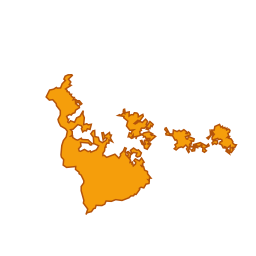 Ñürüm, Veraguas, Panama (orthographic projection), rotated 236°
{"feature_id": "35544464B55183613769543", "entity_name": "Ñürüm", "entity_type": "district", "adm_level": 2, "iso_a3": "PAN", "parent_name": "Panama", "parent_adm1": "Veraguas", "projection": "orthographic", "projection_center": [-81.4, 8.371], "detail": "fine", "context": "isolated", "style": "filled", "palette": "amber", "viewbox_px": 256, "rotation_deg": 236, "n_neighbors": 0, "source": "geoboundaries", "source_scale": "gbopen_adm2", "svg_char_len": 5823}
<svg xmlns="http://www.w3.org/2000/svg" viewBox="0 0 256 256"><g transform="rotate(236 128 128)"><path d="M79.8,44.8L80.6,46.7L79.1,50.9L80.4,54.4L79.8,56.0L81.7,58.3L78.3,63.0L77.9,66.1L79.7,69.0L76.5,73.2L75.5,77.7L71.3,82.5L69.6,89.8L70.0,92.4L68.7,94.7L69.5,96.5L68.4,97.5L70.5,103.3L71.6,103.7L71.6,105.7L69.5,107.6L71.4,111.5L70.3,114.4L72.1,116.0L73.7,115.8L73.0,116.5L74.4,117.8L73.6,119.0L79.0,118.6L81.1,119.8L83.8,118.2L87.1,119.3L88.1,118.0L89.7,117.9L88.8,119.5L90.6,120.3L90.6,122.2L95.5,122.4L94.4,119.0L98.3,116.8L97.6,114.6L95.3,115.3L93.9,114.0L93.6,111.2L96.0,112.1L96.2,111.3L97.4,112.5L98.3,110.4L99.8,112.1L103.4,111.9L102.2,113.1L104.2,114.9L104.7,118.9L102.2,121.4L100.5,118.9L98.7,119.5L97.9,122.3L99.9,125.2L104.1,124.4L104.5,122.9L108.3,121.4L108.1,117.5L105.8,117.3L105.5,115.7L108.3,115.1L108.6,114.1L105.5,113.1L104.8,111.6L107.1,111.2L108.7,112.7L109.9,112.1L112.1,115.2L113.5,114.3L111.5,111.2L110.7,107.1L109.2,106.4L108.1,103.6L113.6,102.5L115.6,93.9L118.6,93.0L119.2,91.8L121.1,93.1L122.2,95.8L124.9,98.1L124.5,99.2L125.7,99.4L127.3,102.0L126.1,103.7L128.7,105.6L125.4,107.4L129.6,107.7L131.4,110.3L132.4,109.2L134.6,110.1L134.4,104.1L138.0,105.0L138.6,103.6L132.0,100.7L132.8,103.5L131.2,104.9L130.1,102.6L130.2,98.5L133.3,97.0L136.8,98.2L139.4,95.8L144.6,99.0L145.2,97.2L144.0,93.9L139.8,94.1L135.2,91.5L134.4,89.8L134.4,90.9L129.7,93.7L128.3,91.4L127.6,89.4L128.7,83.7L130.1,83.9L130.8,81.7L134.6,79.9L135.2,75.6L136.2,74.7L138.4,75.4L139.3,79.0L142.7,80.6L137.6,86.9L135.0,87.2L134.4,88.4L135.3,89.4L140.5,88.3L144.2,83.4L145.6,83.6L146.1,79.5L147.7,78.2L151.0,76.9L152.3,77.6L153.2,76.2L153.3,77.9L156.3,79.8L158.7,79.5L157.7,81.7L158.9,88.3L156.0,90.5L154.2,90.5L153.6,89.0L150.0,88.2L150.2,90.5L148.9,91.9L150.1,93.9L148.0,95.7L151.6,99.7L152.9,96.8L154.6,96.2L155.6,93.1L160.9,97.5L164.6,98.3L167.4,100.6L164.6,94.8L165.1,91.0L162.6,86.9L166.1,84.4L165.4,81.9L166.8,81.4L168.4,83.7L168.7,83.0L172.0,83.6L172.0,86.9L170.4,88.3L171.1,90.0L170.4,92.5L172.1,94.6L172.0,99.1L174.1,100.1L174.5,98.9L177.2,98.5L177.6,101.2L173.8,101.7L173.9,103.3L177.8,102.9L179.7,100.4L181.0,101.0L179.2,99.9L178.6,98.8L181.3,100.3L182.1,98.3L183.3,100.5L184.5,99.2L186.8,98.9L187.5,100.0L188.5,98.6L190.6,99.3L192.3,97.9L193.2,98.6L195.3,98.0L195.2,104.7L196.9,103.6L198.1,106.3L201.8,105.9L202.7,111.2L203.6,111.2L205.6,108.0L206.1,104.9L204.4,102.2L202.4,102.6L201.5,98.2L198.9,94.5L200.5,91.7L201.7,91.3L201.8,88.0L203.3,84.2L199.5,77.5L195.1,78.4L193.6,81.4L188.4,82.1L186.4,81.2L180.3,81.6L176.7,79.2L174.3,74.8L171.9,73.9L167.4,73.3L162.4,75.7L159.2,75.9L155.2,71.8L153.7,67.4L150.5,63.3L143.2,57.4L141.1,56.5L137.8,57.0L133.5,53.5L129.7,55.0L125.3,63.1L123.0,61.3L118.7,62.7L117.5,61.9L115.1,62.8L108.9,61.9L107.2,60.5L105.7,56.5L102.2,54.1L92.6,50.9L90.7,49.0L83.3,49.3L79.8,44.8ZM116.9,150.9L121.1,149.8L119.2,145.0L120.8,145.0L122.4,147.9L125.5,147.5L124.6,142.9L126.3,142.0L128.0,138.5L127.2,138.3L127.3,136.3L128.3,135.6L128.9,140.5L127.3,141.7L129.3,147.3L131.0,147.9L131.5,142.8L133.6,144.1L135.4,143.8L137.1,141.8L136.1,139.8L137.3,138.1L137.3,135.6L140.7,138.0L142.2,134.2L145.5,135.7L145.8,134.7L144.4,133.3L141.9,133.1L143.1,132.1L142.4,129.4L143.8,128.5L144.0,126.7L139.8,131.2L138.9,130.2L133.8,131.7L130.6,127.9L125.0,128.3L123.3,131.5L123.2,129.7L121.5,127.4L123.3,126.5L120.6,123.2L120.0,124.3L117.5,125.0L117.0,126.5L117.7,127.4L118.6,126.6L119.4,128.4L117.5,127.3L116.3,130.2L114.4,128.4L116.0,130.4L115.2,133.8L114.5,136.0L112.3,136.6L111.8,135.9L111.3,137.5L106.9,136.6L108.5,135.1L108.1,134.2L104.8,133.5L105.1,132.1L110.0,132.5L110.4,131.3L106.6,130.6L104.8,131.6L102.2,130.4L99.6,132.0L102.1,138.0L102.9,137.9L103.1,135.5L104.0,135.6L103.9,137.3L108.5,138.3L107.1,140.3L105.8,138.7L104.8,139.2L105.6,146.2L108.1,145.0L108.5,143.4L109.9,143.2L109.7,145.0L113.2,143.2L115.1,138.3L114.7,136.6L116.3,134.8L118.5,135.7L118.6,137.8L119.8,137.8L120.3,139.1L118.7,141.5L119.0,144.1L117.3,143.7L117.0,142.5L115.0,143.9L117.0,144.4L115.3,145.8L117.3,148.4L115.7,148.7L116.9,150.9ZM56.2,202.8L51.8,199.7L54.0,198.7L53.4,198.0L54.8,198.3L54.1,196.3L50.0,197.7L51.5,198.1L49.9,199.9L50.9,202.8L53.1,203.1L51.9,204.0L53.2,204.2L52.1,205.6L53.5,208.4L54.7,206.9L57.3,206.4L58.1,207.3L61.2,207.4L63.4,205.7L64.0,207.1L64.8,205.2L65.2,207.2L67.8,207.8L67.7,209.7L69.0,211.2L70.8,210.9L71.2,208.8L72.5,209.9L73.0,208.2L74.3,208.6L74.8,206.7L76.6,207.3L76.6,205.5L79.8,205.9L80.7,200.9L78.1,198.2L79.6,196.0L76.8,196.0L76.7,193.1L77.9,194.6L79.4,194.4L75.6,192.4L75.7,187.9L73.9,188.4L75.4,192.5L76.1,192.8L74.8,194.4L76.1,195.6L74.6,196.1L73.3,192.5L71.6,191.4L69.3,191.9L68.7,189.3L66.9,189.0L66.8,191.2L65.1,192.1L65.3,194.0L67.8,194.9L69.4,192.2L70.4,192.5L69.2,196.6L67.8,196.6L67.1,198.4L65.4,199.2L64.3,198.3L64.9,196.7L63.7,194.9L61.8,196.2L58.3,195.8L57.1,197.5L58.4,197.7L57.4,198.5L55.7,197.8L56.2,202.8ZM74.0,165.5L75.8,165.9L76.9,167.0L75.9,167.6L78.1,168.5L76.4,170.7L79.6,169.5L80.1,170.3L79.0,172.2L79.9,171.4L81.0,173.2L82.0,173.0L80.4,175.0L82.0,176.8L87.2,173.3L85.4,171.2L86.3,170.3L88.7,170.8L87.4,175.9L89.5,176.3L90.9,175.9L90.1,173.9L91.0,173.0L91.9,174.5L95.4,173.4L95.5,169.9L97.5,169.1L97.6,166.7L100.9,164.5L97.9,161.9L99.9,159.2L106.8,159.8L107.0,158.7L106.1,157.6L102.5,158.2L102.3,156.2L101.0,155.7L96.6,160.6L91.5,160.2L91.3,161.4L90.1,161.6L87.9,160.4L87.9,157.5L85.4,157.2L85.0,154.7L82.9,155.6L83.3,159.0L82.5,161.7L81.0,162.7L81.5,166.4L78.7,166.8L78.0,164.8L73.8,164.5L74.0,165.5ZM65.1,177.8L65.3,180.3L67.8,179.8L68.5,180.6L67.9,185.3L69.7,185.6L69.4,183.0L75.5,179.8L77.6,173.1L76.7,172.2L75.9,175.2L75.1,175.1L74.6,173.9L76.0,171.4L74.3,170.7L74.2,168.1L73.0,168.1L71.9,170.5L74.6,173.0L72.6,174.8L73.8,175.8L72.7,176.8L73.2,179.4L72.1,179.5L71.3,178.1L69.7,179.1L67.1,176.9L65.1,177.8Z" fill="#f59e0b" stroke="#b45309" stroke-width="1.5"/></g></svg>